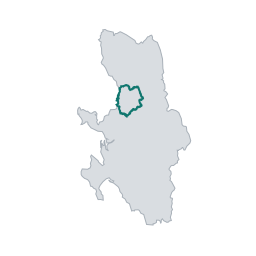 location of Vinnytsya within Ukraine, rotated 75°
{"feature_id": "UKR-323", "entity_name": "Vinnytsya", "entity_type": "Region", "adm_level": 1, "iso_a3": "UKR", "parent_name": "Ukraine", "parent_adm1": "", "projection": "natural_earth1", "projection_center": [28.815, 48.941], "detail": "fine", "context": "in_parent", "style": "outline", "palette": "teal", "viewbox_px": 256, "rotation_deg": 75, "n_neighbors": 0, "source": "natural_earth", "source_scale": "10m", "svg_char_len": 7563}
<svg xmlns="http://www.w3.org/2000/svg" viewBox="0 0 256 256"><g transform="rotate(75 128 128)"><path d="M173.4,166.1L176.2,169.8L178.5,171.7L179.7,171.8L182.8,170.5L184.9,170.9L186.6,169.7L191.3,170.6L190.0,172.9L189.4,175.4L183.4,176.2L181.1,174.8L178.8,174.9L177.5,176.6L175.2,177.8L174.5,179.2L170.2,179.1L167.4,180.4L165.3,183.1L162.9,184.7L161.0,185.3L158.1,184.6L155.7,182.8L157.4,177.7L156.7,174.9L154.8,173.6L152.5,173.5L149.3,171.3L145.8,171.5L144.6,170.4L151.8,165.4L153.4,165.2L157.7,162.5L156.9,160.4L155.0,160.9L152.4,159.2L144.1,160.6L139.0,158.0L136.7,157.7L136.1,157.1L138.5,156.5L138.7,155.5L135.3,154.9L133.5,153.7L142.7,154.9L145.1,152.8L142.6,153.6L140.0,153.1L139.0,152.4L137.9,150.4L137.8,147.5L136.6,145.0L135.7,144.2L137.5,148.3L137.1,152.3L133.2,152.1L133.5,150.5L131.7,152.6L128.7,152.7L124.8,153.8L123.3,157.9L118.3,163.7L113.7,165.7L112.2,165.3L111.5,165.8L111.2,167.6L112.0,168.4L112.7,171.3L112.5,172.5L110.9,170.9L109.0,170.2L106.9,170.5L103.1,172.1L101.8,171.8L101.9,172.7L101.6,172.9L98.0,172.1L96.5,171.3L95.3,169.8L96.4,169.1L98.6,168.8L98.5,166.6L101.2,163.9L101.3,162.7L103.7,161.0L104.4,159.2L103.5,156.5L103.9,155.1L106.5,154.2L106.7,156.3L107.2,156.1L107.8,155.0L111.4,156.0L112.4,155.3L113.9,156.7L116.6,156.3L117.2,155.6L114.9,153.9L115.1,151.3L114.3,149.7L110.8,147.8L110.1,145.4L110.4,143.3L108.7,142.5L105.8,140.2L106.7,136.1L106.5,134.5L105.7,133.3L103.4,133.5L101.8,131.1L99.0,130.6L98.2,131.5L97.8,130.7L96.8,130.7L96.9,129.7L96.3,129.4L94.0,129.1L93.4,128.2L91.0,126.8L87.9,125.9L86.3,126.8L85.5,126.6L84.3,127.5L80.0,127.2L77.4,129.1L73.8,129.9L73.5,131.2L72.2,132.9L64.3,134.1L60.9,135.4L59.8,136.5L57.7,136.9L54.2,133.8L53.2,133.6L49.7,134.2L44.0,132.9L41.0,133.0L38.0,131.6L37.0,132.7L35.0,133.6L34.8,132.4L33.8,131.2L31.7,130.9L31.0,129.8L29.1,129.1L28.1,126.9L26.7,127.0L26.9,124.6L28.7,122.9L31.6,117.4L35.0,117.9L35.1,117.2L33.5,116.0L33.9,114.2L33.0,110.7L33.7,109.7L37.5,105.5L45.2,98.7L48.2,98.2L49.5,96.5L49.6,95.3L48.3,92.9L49.8,92.0L49.7,91.6L48.5,90.7L47.2,88.0L45.0,85.4L45.2,84.2L44.4,82.5L44.5,81.1L46.6,80.8L48.3,81.5L50.3,80.4L52.9,77.5L60.8,76.6L70.3,76.8L79.6,78.9L83.7,79.1L85.4,81.3L88.8,81.3L89.7,81.7L89.8,83.0L91.6,81.4L93.3,81.9L95.2,81.2L99.8,82.1L100.4,83.3L101.3,83.7L102.6,82.1L105.4,80.9L108.1,84.4L110.4,83.6L117.1,83.0L118.8,84.1L119.1,85.2L121.4,86.0L122.4,84.8L121.3,81.3L121.8,80.0L123.7,77.1L126.2,75.0L132.7,74.1L138.8,74.9L140.5,74.0L141.4,71.8L142.2,71.3L146.3,72.0L150.0,70.8L156.5,70.7L158.6,72.1L160.8,75.9L164.0,78.7L163.8,79.6L161.0,80.2L160.9,80.6L161.9,81.9L162.3,84.6L162.8,85.0L162.2,86.2L165.3,86.4L167.7,87.4L171.6,86.9L172.7,88.9L174.5,89.2L174.5,90.5L176.0,93.7L175.5,95.4L175.8,96.4L177.9,98.8L178.8,99.1L181.2,97.8L183.7,98.2L185.9,100.1L188.1,100.1L189.4,101.1L191.0,99.9L198.3,98.2L200.2,99.9L200.5,101.0L201.6,102.5L205.6,105.2L206.7,104.9L207.0,103.7L207.9,103.3L210.1,104.6L212.3,104.8L215.4,106.6L218.3,106.1L219.8,107.8L221.6,108.0L225.2,110.2L228.6,110.1L228.5,112.2L229.3,113.1L229.2,114.8L226.8,117.5L224.6,118.3L225.4,119.6L228.1,120.6L228.3,121.0L225.9,121.2L225.0,122.2L224.4,124.3L226.6,125.0L227.3,127.6L226.9,128.4L228.2,128.9L226.0,135.0L215.6,135.2L213.7,137.6L210.6,138.4L209.7,139.2L208.9,142.6L209.8,143.3L209.0,144.7L209.2,145.9L201.5,146.2L199.3,148.5L196.0,149.1L193.2,151.4L192.0,150.7L190.5,150.7L187.3,152.2L184.4,152.1L182.2,152.7L177.4,156.2L175.3,159.3L173.1,160.2L176.1,157.7L176.2,156.4L175.5,155.4L173.6,157.9L171.2,159.0L171.4,162.0L173.4,166.1ZM140.4,159.5L133.6,158.0L133.0,156.4L134.5,157.8L140.4,159.5Z" fill="#d9dde1" stroke="#a8b0b8" stroke-width="1"/><path d="M88.8,126.3L88.6,126.2L88.6,125.8L88.3,125.8L88.0,126.0L87.9,126.0L87.4,126.0L87.3,125.9L87.1,124.9L86.9,124.5L86.7,124.1L86.4,123.9L85.9,123.7L86.2,123.0L86.3,122.6L86.3,122.3L86.2,122.0L86.2,121.9L86.3,121.8L86.5,121.8L86.6,121.7L86.4,121.5L86.4,121.3L86.3,121.1L86.3,120.2L86.1,119.8L86.0,119.5L86.0,119.3L86.2,119.2L86.3,119.0L86.2,118.9L86.1,118.7L86.1,118.4L86.2,118.2L86.6,117.9L86.8,117.5L87.0,117.4L87.1,117.2L87.3,116.7L87.7,116.6L88.3,116.7L88.6,116.2L89.0,116.2L89.5,116.4L89.8,116.5L90.2,116.7L90.3,116.7L90.5,116.7L90.8,116.4L91.2,116.3L91.6,116.2L91.8,116.1L91.7,115.8L91.7,115.6L91.7,115.4L91.5,115.1L91.4,114.9L91.5,114.7L91.7,114.4L91.4,114.1L91.4,113.8L91.4,113.7L91.1,113.6L91.0,113.4L90.9,113.1L90.9,112.9L91.3,112.7L91.3,112.4L91.2,112.3L91.1,112.2L90.4,112.2L90.2,112.2L90.1,111.9L90.4,111.7L90.0,111.4L90.0,111.2L90.1,110.9L90.4,110.9L90.5,110.9L90.6,110.7L90.5,110.4L90.6,110.1L90.9,109.6L91.0,109.4L91.0,109.2L90.8,109.1L90.7,108.9L90.4,108.8L90.3,108.7L90.4,108.4L90.5,108.3L90.8,108.4L91.0,108.3L91.2,108.2L91.0,107.8L91.4,107.7L91.6,107.5L92.6,107.4L93.4,107.5L93.7,107.5L94.7,107.3L95.8,107.2L96.1,107.1L96.3,107.1L96.8,107.3L97.0,107.4L97.3,107.3L97.5,107.3L97.5,107.2L97.8,106.9L98.9,106.8L99.0,106.9L99.3,107.0L99.5,107.1L100.1,106.9L101.0,107.0L101.4,106.7L101.5,106.4L102.1,106.2L102.3,105.8L103.2,105.9L103.3,105.9L103.3,106.0L103.5,106.4L103.6,106.5L103.6,106.8L103.6,107.0L103.8,107.4L103.9,107.6L104.3,107.8L103.8,108.5L103.7,108.7L103.7,108.8L104.0,108.9L104.0,109.0L104.2,109.4L104.3,109.5L104.2,109.5L104.1,109.8L104.5,110.0L105.0,110.0L105.8,110.1L107.0,110.0L107.3,110.0L107.4,109.7L107.5,109.6L108.1,109.6L108.3,109.6L108.5,109.5L108.9,109.1L109.0,109.1L109.3,109.1L109.9,109.1L110.0,109.2L110.1,109.3L109.9,109.8L109.8,110.0L109.9,110.3L110.1,110.5L110.6,110.7L110.6,110.8L110.6,111.1L110.4,111.3L110.7,111.9L110.7,112.0L110.7,112.4L110.6,112.5L110.0,112.8L109.9,113.0L110.1,113.5L110.2,113.8L110.3,113.9L110.5,114.0L110.9,114.0L111.0,114.1L111.2,114.4L111.4,114.7L111.5,114.9L111.9,114.9L112.0,115.0L111.9,115.4L111.9,115.5L112.2,115.6L112.3,115.8L112.2,116.1L112.3,116.5L112.2,116.6L111.9,116.8L111.9,117.1L111.6,117.3L111.2,117.5L111.0,117.8L111.0,118.0L111.7,118.2L111.8,118.3L111.9,118.6L111.7,118.7L111.7,118.8L111.6,119.0L111.7,119.3L111.9,119.4L112.1,119.5L112.4,119.6L112.4,119.8L112.2,120.1L112.2,120.3L112.3,120.4L112.4,120.5L112.7,120.6L113.0,121.6L113.5,121.8L113.8,121.8L114.1,122.0L114.3,122.1L114.1,122.4L114.0,122.5L114.0,122.8L114.5,123.1L115.0,123.3L115.1,123.8L115.2,124.0L115.4,124.4L115.6,124.6L115.8,124.9L115.8,125.1L115.7,125.4L115.5,125.5L115.4,125.8L115.1,126.0L115.3,126.2L115.8,126.0L116.0,126.0L116.5,126.3L116.2,126.6L115.7,126.7L115.4,127.0L115.1,127.3L114.9,127.4L114.8,127.0L114.7,126.9L114.7,126.7L114.4,126.6L114.1,126.7L113.6,127.3L113.2,127.7L113.1,127.8L113.1,128.1L112.9,128.6L112.7,128.8L112.7,129.0L113.2,129.2L113.2,129.3L113.2,129.5L113.1,129.8L112.4,130.2L112.2,130.2L111.9,130.3L112.1,130.8L112.2,131.0L112.0,131.5L111.9,131.5L111.7,131.5L110.9,131.6L110.1,131.5L109.9,131.5L109.4,131.2L109.2,131.2L108.1,131.6L107.1,131.6L106.2,131.3L106.1,131.2L105.8,131.0L105.5,130.8L105.4,130.7L104.9,130.8L104.8,131.0L104.9,131.5L104.4,131.9L104.1,132.2L103.9,132.3L102.9,132.7L102.7,132.8L102.7,132.7L102.4,132.5L102.4,132.0L102.2,131.6L102.1,131.3L102.0,131.2L101.7,131.0L101.3,131.0L100.5,130.9L99.5,130.6L99.1,130.6L98.9,130.7L98.7,131.2L98.6,131.5L98.5,131.9L98.4,131.9L98.2,131.7L97.7,131.0L97.9,130.9L97.9,130.6L97.7,130.3L97.4,130.4L97.2,130.6L97.1,130.8L96.7,131.0L96.6,130.9L96.6,130.7L96.8,130.3L97.0,130.2L97.2,129.8L97.2,129.5L97.0,129.4L96.9,129.3L96.3,129.4L96.0,129.6L95.7,129.8L95.3,129.8L95.1,129.6L95.1,129.3L95.0,129.1L94.8,129.1L94.5,129.4L94.3,129.4L94.1,129.4L93.9,129.3L94.1,128.7L93.9,128.3L93.6,128.2L92.6,128.1L92.2,127.9L91.9,127.6L91.5,127.1L91.3,126.9L90.6,126.4L90.2,126.3L88.8,126.3Z" fill="none" stroke="#0f766e" stroke-width="2"/></g></svg>